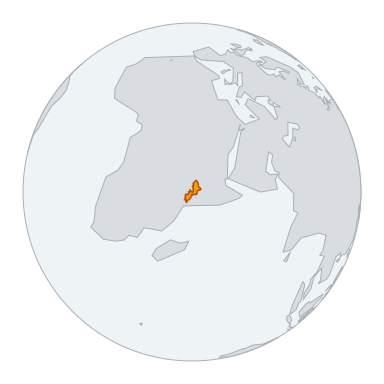 Eastern on an orthographic globe, rotated 45°
{"feature_id": "KEN-889", "entity_name": "Eastern", "entity_type": "National Capital Area", "adm_level": 1, "iso_a3": "KEN", "parent_name": "Kenya", "parent_adm1": "", "projection": "orthographic", "projection_center": [37.864, 0.691], "detail": "fine", "context": "on_globe", "style": "filled", "palette": "amber", "viewbox_px": 384, "rotation_deg": 45, "n_neighbors": 0, "source": "natural_earth", "source_scale": "10m", "svg_char_len": 8906}
<svg xmlns="http://www.w3.org/2000/svg" viewBox="0 0 384 384"><g transform="rotate(45 192 192)"><circle cx="192" cy="192" r="169" fill="#eef3f6" stroke="#a8b0b8"/><path d="M23.6,178.8L23.5,179.6L23.2,187.0L23.1,191.4L23.4,192.8L23.4,195.8L27.0,200.9L31.1,208.7L32.4,219.0L31.9,230.6L38.3,255.5L39.2,263.2L44.0,273.2L48.8,281.7L42.8,271.3L37.6,260.6L33.1,249.5L29.4,238.1L26.6,226.4L24.6,214.7L23.4,202.7L23.0,190.8L23.6,178.8ZM320.6,82.4L321.9,84.0L324.3,87.0L330.6,95.3L331.4,96.6L327.1,90.6L324.7,87.8L322.1,84.5L322.6,86.1L318.9,81.4L321.0,85.5L324.5,89.5L325.5,89.4L329.0,95.6L335.0,103.4L340.0,112.3L344.4,127.0L342.4,130.9L343.2,133.8L340.1,130.1L339.5,135.6L347.8,153.4L348.8,158.5L346.1,167.5L345.4,163.7L337.4,153.8L338.4,165.8L344.5,176.6L346.7,189.0L343.1,184.8L340.5,173.9L337.7,170.1L336.7,159.5L331.0,143.8L327.1,146.4L325.8,140.3L317.3,127.7L310.8,131.3L301.7,147.2L303.2,163.1L298.8,170.1L286.7,147.0L281.7,132.0L277.1,133.4L264.8,121.1L242.9,120.4L240.0,116.6L235.8,118.4L227.3,114.8L223.0,108.9L217.7,109.3L229.2,125.0L234.9,124.7L240.0,118.6L242.1,124.4L250.4,129.6L240.3,143.8L208.1,157.0L205.5,145.2L183.6,114.3L184.5,110.9L184.5,110.6L184.2,109.9L181.7,115.4L178.1,109.7L189.3,130.6L190.9,140.0L207.7,157.7L206.0,159.6L211.5,163.4L229.9,158.7L229.9,162.8L220.9,181.6L195.9,207.8L199.6,225.6L198.3,240.8L183.5,251.1L185.5,262.9L178.0,267.2L178.0,273.9L172.4,281.1L162.7,288.0L145.3,288.4L143.7,282.3L134.1,270.6L120.5,242.2L124.2,229.1L122.4,219.0L109.9,197.1L112.6,184.7L109.4,179.7L102.8,181.2L99.2,175.2L95.3,175.2L71.1,180.6L64.3,173.1L57.3,150.2L62.1,140.6L63.8,130.1L97.1,94.5L103.2,96.0L128.2,90.9L131.2,92.0L127.1,99.6L145.0,108.5L152.1,102.0L169.4,107.0L181.7,106.8L188.0,92.8L167.9,92.7L165.6,86.2L182.5,80.4L200.1,81.5L199.8,79.0L189.5,73.5L194.5,69.3L186.1,71.3L188.8,73.7L183.6,75.3L180.8,73.3L182.7,71.7L177.6,70.7L170.0,79.2L171.9,82.6L158.1,84.3L160.0,90.4L156.0,93.3L151.2,84.3L152.4,81.0L142.7,72.3L140.2,75.8L149.1,84.5L145.9,83.9L142.6,89.5L142.6,84.7L133.5,75.1L121.6,77.8L104.9,92.3L98.3,94.0L93.5,91.8L101.3,77.7L115.1,75.7L118.1,71.5L116.7,66.1L121.0,66.2L122.2,64.0L127.5,63.4L136.5,57.9L142.2,57.2L147.1,51.1L150.6,50.1L146.7,53.8L147.0,56.4L161.3,55.7L164.5,54.4L166.5,50.7L170.2,51.3L170.3,47.9L179.2,46.7L168.5,45.6L170.6,42.1L176.7,39.6L175.4,38.5L165.5,42.7L163.3,44.7L164.5,46.5L156.7,52.8L151.5,54.0L152.4,47.4L145.1,48.7L148.9,43.7L173.3,34.1L182.8,32.7L195.6,36.7L192.6,38.5L186.5,37.7L190.9,41.2L191.1,39.6L194.2,40.4L197.0,37.9L199.3,38.4L198.0,35.5L201.1,35.8L201.9,37.7L208.6,35.1L215.5,35.7L215.9,35.0L214.4,34.0L224.1,35.9L224.0,35.3L220.8,34.4L218.5,32.8L218.2,30.9L221.5,31.6L222.1,32.4L228.4,35.5L229.4,38.0L230.7,38.1L230.7,36.2L223.0,32.4L221.9,31.1L226.0,32.6L224.4,31.9L224.9,31.6L228.5,32.0L224.2,30.3L225.0,27.1L232.1,28.3L235.7,29.6L239.8,30.0L244.9,31.5L257.3,36.1L269.2,41.7L280.7,48.2L291.7,55.6L302.0,63.8L311.7,72.7L320.6,82.4ZM84.6,111.7L83.4,114.8L84.6,111.7ZM218.3,90.5L229.2,91.4L225.2,82.9L229.0,82.7L226.2,80.1L224.8,82.3L218.1,75.5L223.1,73.4L222.3,70.1L218.5,69.7L210.4,74.8L220.0,84.3L217.1,87.7L218.3,90.5ZM123.2,54.2L124.5,55.2L121.7,57.7L114.6,60.0L118.5,56.3L123.2,54.2ZM127.1,56.3L129.9,49.8L134.5,48.5L131.4,50.2L134.2,50.1L130.0,52.8L131.6,58.5L129.3,61.2L117.3,63.2L122.5,60.9L120.9,59.8L127.1,56.3ZM129.0,40.1L130.3,38.5L138.5,37.6L136.4,39.3L129.1,41.3L127.4,40.6L129.0,40.1ZM127.0,36.0L134.0,33.3L133.3,33.5L136.5,32.4L135.8,32.7L137.8,32.0L153.0,27.6L168.6,24.7L167.7,24.9L170.4,24.5L174.1,24.2L173.7,24.5L170.5,24.7L172.4,25.2L167.6,25.7L168.1,25.8L164.2,26.5L160.3,27.6L158.3,27.9L157.7,28.3L155.1,29.0L153.5,29.7L149.4,30.5L147.2,31.5L146.4,31.3L143.7,32.9L143.9,32.1L140.5,33.3L142.2,33.5L123.4,38.5L115.5,42.0L108.8,45.7L109.9,44.5L116.9,40.6L125.7,36.6L127.0,36.0ZM135.2,89.1L137.6,89.4L141.5,88.9L139.5,92.7L135.2,89.1ZM128.8,82.6L131.0,82.0L130.1,86.7L127.6,86.7L128.8,82.6ZM133.1,78.1L131.2,81.7L130.8,79.7L133.1,78.1ZM148.9,53.3L151.5,52.8L151.4,53.6L149.7,55.0L148.9,53.3ZM178.3,27.9L176.9,27.5L177.9,27.3L178.0,26.1L181.6,25.9L182.9,26.6L178.3,27.9ZM184.1,95.1L180.2,97.8L178.5,96.5L180.2,95.8L184.1,95.1ZM158.4,95.0L163.9,96.7L157.8,96.0L158.4,95.0ZM182.3,27.5L181.9,27.0L183.9,27.3L182.3,27.5ZM184.2,25.8L186.7,25.9L182.1,25.8L184.2,25.8ZM249.6,319.9L250.6,322.0L248.0,322.1L249.6,319.9ZM227.6,238.3L216.6,265.1L208.5,265.2L206.7,257.3L210.6,241.1L219.9,236.5L224.5,229.2L227.6,238.3ZM356.6,220.4L357.1,221.5L357.0,222.3L356.6,220.4ZM356.2,217.2L357.1,217.9L355.7,218.9L356.2,217.2ZM357.4,218.2L358.2,217.1L358.7,216.0L358.4,217.6L357.4,218.2ZM355.4,217.0L349.7,215.5L347.0,212.9L348.0,210.1L352.5,211.6L355.4,217.0ZM347.8,210.0L343.1,201.2L333.7,177.0L337.2,177.6L346.3,192.5L345.8,194.9L348.7,201.8L347.8,210.0ZM357.6,196.8L357.0,204.2L354.3,202.8L352.8,201.3L351.8,191.4L352.4,186.7L353.8,187.1L356.8,172.0L358.3,176.4L357.8,182.8L358.9,189.7L357.6,196.8ZM304.0,164.7L308.1,174.4L305.5,175.9L304.0,164.7ZM356.4,161.3L356.3,167.8L355.9,159.0L356.4,161.3ZM355.2,153.0L356.0,156.5L354.9,152.9L355.2,153.0ZM344.6,138.5L343.3,139.0L342.5,136.6L343.7,134.6L344.6,138.5ZM343.8,120.0L346.7,126.8L347.5,129.0L345.5,124.7L343.8,120.0ZM212.3,28.3L208.1,29.9L207.4,31.6L210.8,33.2L204.3,31.9L205.3,29.2L212.3,28.3ZM223.1,27.0L220.1,26.1L222.6,26.5L223.6,26.7L223.1,27.0ZM220.5,26.5L214.7,25.7L213.8,25.2L218.5,25.9L220.5,26.5ZM198.4,25.6L196.9,26.0L195.4,25.7L198.4,25.6ZM334.1,283.3L328.3,289.3L328.3,287.3L331.8,282.4L338.9,266.8L339.2,267.3L343.4,257.0L349.9,249.1L355.7,233.6L355.5,234.6L351.6,247.4L346.7,259.8L340.9,271.8L334.1,283.3ZM357.8,222.2L359.0,216.8L359.1,216.7L357.8,222.2ZM360.7,201.3L360.6,203.2L360.6,201.4L360.7,201.3ZM359.4,191.6L359.7,196.4L360.4,194.0L359.8,197.8L359.8,206.0L359.4,208.8L359.6,200.0L358.8,208.5L358.4,208.1L358.6,200.6L359.3,191.8L359.7,188.4L360.7,187.9L359.4,191.6ZM361.0,192.7L360.9,189.0L360.8,185.9L361.0,192.7ZM360.0,175.7L358.9,169.1L358.7,171.1L358.4,163.4L359.6,170.9L360.0,175.7ZM357.9,162.0L357.8,163.7L357.4,159.2L357.9,162.0ZM357.3,161.6L356.4,157.4L357.0,158.2L357.3,161.6ZM358.1,162.4L356.8,155.4L357.7,159.7L358.1,162.4ZM354.1,148.1L356.6,155.5L354.7,151.8L351.0,138.6L351.5,138.6L354.1,148.1Z" fill="#d9dde1" stroke="#a8b0b8" stroke-width="1"/><path d="M187.2,180.9L187.3,181.0L188.3,180.9L188.4,181.0L189.0,181.0L189.4,181.1L189.5,181.2L189.6,181.3L189.8,181.4L192.3,183.1L192.5,183.2L192.5,183.3L192.8,183.4L193.5,183.4L193.9,183.4L194.0,183.3L194.3,183.4L194.4,183.5L194.5,183.5L195.0,183.7L195.3,183.7L195.5,183.6L195.9,183.8L196.0,183.8L196.2,183.7L196.3,184.3L196.3,184.6L196.3,185.0L196.2,185.1L196.0,185.3L195.9,185.4L195.7,185.4L195.7,185.5L195.3,186.4L195.2,186.5L195.1,186.8L195.1,187.0L195.2,187.5L195.2,187.8L195.3,187.9L195.3,188.0L195.5,188.4L195.7,188.5L195.8,188.7L195.9,188.8L196.0,189.0L196.4,189.2L196.4,189.3L196.5,189.4L196.6,189.5L196.2,189.7L196.2,189.8L196.7,191.1L196.3,191.3L196.1,191.5L195.9,191.8L194.8,192.3L194.7,192.4L194.7,192.5L194.4,192.6L194.6,193.4L194.6,193.5L194.6,194.2L194.4,194.2L194.1,194.1L193.9,194.2L193.8,194.3L193.7,194.2L193.6,194.3L195.0,196.6L195.3,197.4L195.3,199.0L195.2,199.2L195.3,199.7L195.3,199.8L194.7,200.9L194.7,201.0L194.4,201.1L195.5,202.9L195.4,202.9L195.3,203.0L195.2,203.0L194.9,203.0L194.7,203.1L194.3,203.0L194.3,202.9L194.2,202.9L193.9,202.8L193.7,202.8L193.6,202.7L193.4,202.6L193.2,202.3L193.2,202.2L192.9,202.1L192.7,202.0L192.3,202.2L192.2,202.3L192.2,202.2L191.2,201.0L191.2,200.9L191.3,200.8L191.4,200.6L191.5,200.5L191.4,200.4L191.2,200.4L191.0,200.2L190.9,200.2L190.7,200.1L190.3,199.9L190.2,199.8L190.0,199.7L189.9,199.5L189.9,199.4L189.9,199.2L189.4,198.7L189.4,198.3L189.2,198.3L189.1,198.2L189.3,197.9L189.6,197.9L189.9,197.6L190.0,197.4L190.1,197.2L190.3,197.2L190.5,197.1L190.6,196.9L190.4,196.9L190.3,196.7L190.2,196.6L190.2,196.3L190.3,196.3L190.5,196.4L190.9,196.2L190.9,195.8L190.8,195.7L190.7,195.6L190.7,195.3L190.4,194.5L189.8,194.0L189.7,194.0L189.8,193.9L190.1,193.8L190.5,193.4L190.6,193.1L190.6,192.9L190.5,192.5L190.4,192.5L189.1,192.3L189.0,192.2L189.2,191.9L189.3,191.8L189.6,191.8L189.6,191.7L189.8,191.7L189.9,191.8L190.0,191.8L190.3,191.9L190.4,192.0L190.5,192.1L190.6,192.3L190.8,192.3L191.0,192.3L191.4,192.2L191.5,192.1L191.8,192.0L192.0,191.9L192.3,191.8L192.4,191.7L192.6,191.7L192.5,190.7L192.3,190.4L192.2,190.3L192.2,189.9L192.0,189.6L191.9,189.6L191.7,189.7L191.6,189.8L191.4,189.8L191.2,189.8L190.9,189.3L190.7,189.2L190.6,188.8L190.4,188.7L190.2,188.4L190.0,188.2L189.9,188.1L189.6,188.1L189.4,188.1L189.3,187.9L189.2,187.5L189.0,187.3L188.9,187.3L188.7,186.6L188.5,186.8L188.4,186.9L188.3,187.0L188.3,186.9L188.2,186.9L188.2,187.0L188.1,186.9L188.1,186.6L188.0,186.4L187.9,186.3L187.8,186.2L187.7,185.9L187.7,185.7L187.4,185.5L187.3,185.4L187.2,185.2L187.2,185.3L187.0,185.2L186.9,185.2L186.9,184.8L186.9,184.7L186.7,184.5L186.6,184.4L186.7,180.9L187.1,180.9L187.2,180.9Z" fill="#f59e0b" stroke="#b45309" stroke-width="1.5"/></g></svg>